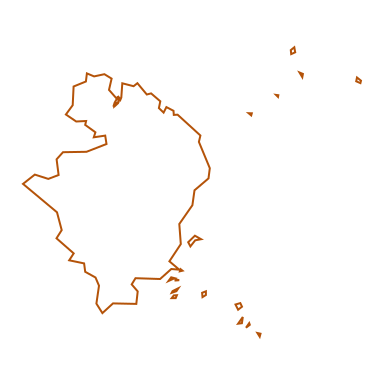 outline of Belitung Timur, Bangka-Belitung, Indonesia
{"feature_id": "22746128B98690900191937", "entity_name": "Belitung Timur", "entity_type": "district", "adm_level": 2, "iso_a3": "IDN", "parent_name": "Indonesia", "parent_adm1": "Bangka-Belitung", "projection": "albers", "projection_center": [108.219, -2.955], "detail": "medium", "context": "isolated", "style": "outline", "palette": "amber", "viewbox_px": 384, "rotation_deg": 0, "n_neighbors": 0, "source": "geoboundaries", "source_scale": "gbopen_adm2", "svg_char_len": 1880}
<svg xmlns="http://www.w3.org/2000/svg" viewBox="0 0 384 384"><path d="M56.5,238.3L73.7,253.4L69.2,260.3L84.1,263.4L85.2,271.8L95.5,277.5L99.0,285.7L96.4,303.6L102.4,313.1L113.0,303.4L136.3,303.9L137.7,291.4L131.7,284.4L135.5,278.2L160.1,279.0L171.3,269.0L179.3,269.7L169.4,261.3L180.8,244.1L179.3,224.0L192.4,205.2L194.5,190.3L208.5,178.4L209.8,168.2L198.9,141.9L200.4,135.5L177.6,114.7L173.8,114.9L173.5,110.8L166.4,107.1L163.6,112.6L158.9,108.1L160.3,101.3L151.1,93.4L146.8,94.5L137.4,83.2L133.6,86.2L122.3,83.3L121.3,97.6L119.7,101.4L120.1,98.6L118.8,97.3L118.1,103.1L114.4,106.5L113.6,105.9L114.7,102.5L118.2,96.5L116.4,98.3L109.0,89.9L111.6,78.6L104.4,74.2L94.1,76.4L86.9,73.4L85.9,81.5L73.6,86.5L72.7,105.2L65.9,114.5L76.2,121.5L86.1,121.0L85.2,124.9L95.4,132.3L93.8,137.3L105.2,135.6L106.5,144.0L86.5,151.8L63.0,152.2L56.6,159.3L58.6,175.0L48.3,178.9L34.8,174.6L23.0,183.9L57.0,212.3L61.7,230.1L56.5,238.3ZM194.9,235.7L188.2,242.2L190.4,246.4L195.2,240.3L201.1,239.2L194.9,235.7ZM240.3,303.1L235.5,304.5L238.1,309.7L242.0,306.7L240.3,303.1ZM294.3,47.3L290.8,50.1L291.2,54.1L295.2,52.3L294.3,47.3ZM205.9,291.3L202.1,292.8L202.5,297.1L205.9,295.0L205.9,291.3ZM241.9,323.2L242.8,317.0L238.1,323.7L241.9,323.2ZM357.0,77.5L356.2,81.3L360.4,83.1L361.0,80.7L357.0,77.5ZM178.4,288.2L172.6,291.1L171.7,292.8L176.4,291.2L178.4,288.2ZM174.7,278.2L171.2,277.3L168.5,281.0L174.7,278.2ZM176.9,295.2L173.8,295.4L171.7,298.1L175.7,298.1L176.9,295.2ZM302.9,73.9L299.5,72.5L302.3,77.2L302.9,73.9ZM260.5,333.7L257.4,333.0L259.7,336.7L260.5,333.7ZM117.7,102.8L114.9,102.7L114.4,106.1L117.7,102.8ZM246.0,327.7L249.8,324.8L249.2,323.1L246.0,327.7ZM251.8,113.3L248.6,113.2L251.2,115.4L251.8,113.3ZM179.2,280.2L175.4,279.2L175.5,280.5L179.2,280.2ZM278.3,95.2L276.0,94.9L278.0,96.9L278.3,95.2ZM182.5,270.7L180.6,269.2L179.9,271.3L182.5,270.7Z" fill="none" stroke="#b45309" stroke-width="2"/></svg>